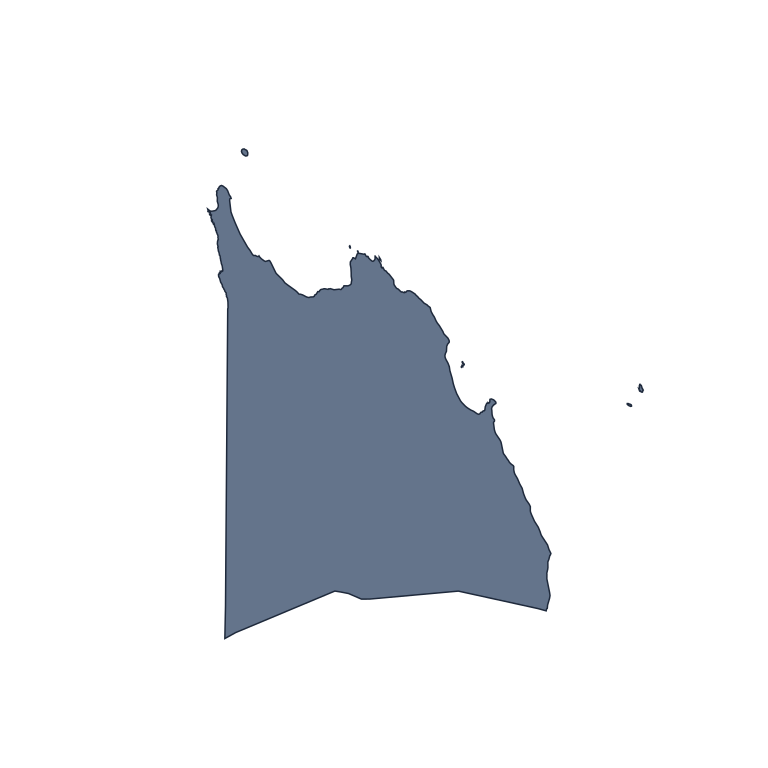 the district of Tjörneshreppur, Norðurland eystra, Iceland, rotated 69°
{"feature_id": "244011B23966539039805", "entity_name": "Tjörneshreppur", "entity_type": "district", "adm_level": 2, "iso_a3": "ISL", "parent_name": "Iceland", "parent_adm1": "Norðurland eystra", "projection": "equal_earth", "projection_center": [-17.235, 66.145], "detail": "fine", "context": "isolated", "style": "filled", "palette": "slate", "viewbox_px": 768, "rotation_deg": 69, "n_neighbors": 0, "source": "geoboundaries", "source_scale": "gbopen_adm2", "svg_char_len": 6166}
<svg xmlns="http://www.w3.org/2000/svg" viewBox="0 0 768 768"><g transform="rotate(69 384 384)"><path d="M653.9,313.9L652.5,313.0L652.1,312.5L652.0,312.0L651.5,311.7L649.0,310.5L643.5,306.3L641.0,304.8L637.9,304.1L624.3,301.8L620.0,300.1L619.1,299.9L615.7,297.6L614.0,296.7L608.8,294.8L606.9,293.0L603.5,290.6L603.3,290.0L602.0,288.9L597.6,289.3L592.8,289.0L582.6,291.2L580.7,291.4L577.9,291.2L573.0,291.3L566.1,292.7L558.9,293.1L556.1,293.1L554.7,292.8L550.9,291.3L548.3,291.5L543.2,292.8L540.8,293.0L536.4,293.0L530.8,292.4L526.0,293.1L520.2,293.3L515.2,294.1L513.4,294.1L510.5,293.6L507.5,292.4L506.5,292.6L504.5,293.9L502.1,295.0L499.9,295.3L498.5,295.8L495.4,296.4L492.2,297.3L491.2,297.4L481.1,295.7L479.5,295.6L477.7,295.8L471.7,297.2L470.1,297.5L468.3,297.5L466.1,297.3L459.5,295.7L458.8,295.2L458.4,294.3L457.7,293.9L456.9,293.7L454.9,294.3L453.2,294.3L451.1,294.0L447.0,292.7L445.7,292.5L444.1,291.3L443.5,290.3L442.7,288.9L442.8,288.3L442.3,287.2L442.3,286.6L441.8,286.3L441.0,286.1L438.8,286.9L437.8,287.6L436.4,289.2L436.3,290.6L438.5,291.6L439.3,292.3L439.3,293.1L438.5,293.6L439.2,294.1L438.8,294.9L439.3,295.5L441.5,297.6L444.3,299.1L444.9,299.8L444.7,300.9L444.9,301.8L445.4,302.2L445.2,303.8L446.2,305.3L446.2,306.5L445.3,307.6L441.5,310.2L439.4,312.3L436.0,314.8L433.9,316.0L429.2,318.0L427.2,318.6L419.1,319.6L412.6,319.5L408.5,319.2L402.8,318.3L395.2,317.7L391.2,316.8L387.5,316.8L383.0,317.4L381.1,317.4L379.4,317.0L377.6,315.8L375.9,314.0L371.2,311.9L369.5,310.2L368.5,308.3L367.9,307.9L366.5,307.6L364.0,307.9L359.3,309.9L358.2,310.2L356.1,310.2L349.4,311.4L346.1,312.4L343.5,312.8L339.5,313.0L336.7,313.6L333.3,314.0L329.1,313.5L326.7,315.0L325.6,315.4L322.9,317.6L318.5,319.4L316.3,320.7L314.4,321.3L312.8,322.2L311.2,322.7L307.8,325.1L306.3,326.5L305.4,328.7L305.4,329.3L306.2,330.9L305.5,331.7L306.0,332.3L305.8,332.7L304.7,333.8L304.3,334.8L303.8,335.2L300.7,336.6L300.1,337.0L299.7,337.6L298.5,338.2L295.0,339.0L293.7,338.8L290.6,337.8L289.6,338.0L283.3,339.9L281.9,340.8L279.1,341.7L278.7,342.3L277.7,342.9L274.7,343.2L274.6,343.4L275.0,343.8L275.1,344.0L274.8,344.4L274.2,344.6L273.4,344.6L272.0,344.0L270.7,344.0L266.4,344.7L263.6,345.6L262.7,346.1L261.5,346.3L261.4,346.5L263.8,347.4L264.6,348.0L265.4,349.5L265.5,350.4L265.1,351.0L263.1,352.2L261.1,353.1L259.4,353.2L259.0,353.4L259.2,353.9L258.9,354.4L258.1,354.9L255.7,355.2L255.6,355.4L255.8,356.0L253.0,360.5L252.8,361.3L253.0,362.4L256.9,365.8L255.2,367.2L255.0,367.8L255.6,368.3L258.0,371.7L260.4,372.7L263.8,373.3L268.2,374.7L271.7,376.0L275.4,376.8L277.2,378.0L278.4,378.5L279.0,379.2L279.4,380.4L279.5,381.7L279.3,382.9L278.1,385.8L278.0,386.3L279.3,387.6L279.5,388.7L280.4,390.1L280.2,390.8L279.4,391.9L278.1,396.9L275.7,400.0L275.6,401.2L275.3,401.7L275.6,402.4L273.8,405.2L273.5,406.3L273.5,407.3L273.2,408.6L273.2,409.3L273.7,410.4L274.5,411.5L274.0,412.7L275.9,415.1L276.1,416.8L277.2,417.8L277.3,418.9L276.4,421.6L276.4,423.0L275.9,423.9L275.0,425.1L271.7,428.0L270.3,429.7L269.7,431.1L266.7,432.3L265.0,433.2L257.1,438.4L254.0,440.3L250.3,441.3L242.2,445.0L241.0,445.2L230.4,446.1L228.1,446.5L227.4,447.0L227.1,450.7L226.3,451.6L223.2,453.6L220.8,454.6L219.6,454.8L220.0,455.4L219.7,456.3L219.1,457.1L217.9,458.0L217.4,459.6L216.6,460.1L215.4,460.5L211.2,461.2L207.4,462.3L192.5,464.6L180.1,465.2L172.3,465.3L168.5,465.2L157.5,462.4L156.0,461.7L155.8,461.0L156.0,460.2L154.3,460.1L152.0,460.7L147.5,460.7L145.1,461.2L141.5,463.4L140.4,464.6L140.4,466.0L141.2,467.6L141.9,468.0L142.2,468.4L142.1,468.8L142.3,469.1L143.0,469.2L143.4,469.6L143.9,471.1L144.4,471.4L145.6,471.5L147.4,472.5L150.2,472.7L153.7,474.2L156.7,474.4L157.9,474.7L159.3,475.4L160.1,476.2L161.4,478.4L161.6,479.6L161.0,482.9L160.1,484.4L157.5,485.9L159.4,486.1L159.6,486.5L159.9,486.6L160.3,486.3L160.5,485.8L161.3,485.3L161.2,484.9L161.4,484.7L161.8,484.8L163.1,485.6L162.9,486.0L163.5,486.1L164.0,485.8L163.0,485.0L163.6,484.8L164.3,485.3L164.8,485.3L164.8,484.8L166.8,486.0L169.1,485.7L169.2,485.9L168.7,486.1L170.0,486.6L170.3,486.5L170.0,485.8L171.1,486.3L171.4,486.2L171.2,485.9L171.3,485.7L173.5,486.0L174.4,485.6L173.6,485.4L173.5,485.2L176.7,485.7L177.8,485.4L180.2,486.0L180.7,485.9L180.9,485.6L181.9,486.0L183.1,485.9L184.3,486.0L185.1,485.8L186.7,486.0L187.5,486.5L189.5,486.8L189.8,487.0L189.9,487.4L190.5,487.7L191.0,488.2L193.5,489.4L196.5,489.7L196.6,490.1L197.0,490.3L198.6,490.5L200.6,491.0L201.8,490.9L203.9,491.2L204.5,491.5L205.1,491.2L206.8,491.3L207.7,491.8L208.4,491.7L209.6,492.1L211.5,492.3L213.3,492.7L215.6,492.7L220.0,493.7L220.7,494.2L220.3,494.6L221.0,495.4L220.2,495.8L220.4,496.4L220.2,496.6L221.9,497.2L221.3,497.9L221.5,498.2L222.4,498.6L222.4,499.2L223.4,499.6L224.1,499.6L224.5,499.9L226.6,499.6L230.3,500.0L233.4,499.5L235.3,499.9L237.4,499.4L238.0,499.5L239.2,499.2L240.5,499.3L242.5,498.7L243.9,499.3L244.7,499.2L245.8,499.7L247.6,499.4L251.5,500.3L256.2,502.0L257.0,502.3L257.9,503.0L534.4,611.5L564.6,623.8L562.9,611.5L559.7,504.1L562.7,498.9L566.9,492.2L576.7,482.2L579.6,474.6L604.0,388.8L648.8,320.8L653.9,313.9ZM117.4,433.8L119.4,433.2L121.5,431.6L121.9,430.2L121.5,429.3L119.4,428.3L117.0,428.3L116.4,428.6L115.3,429.7L114.4,430.3L114.1,431.8L114.5,432.9L115.7,433.7L117.4,433.8ZM482.6,144.2L481.9,144.2L480.3,144.5L477.7,144.3L477.3,144.4L477.2,144.6L477.4,144.7L477.2,144.9L476.0,145.1L476.0,145.4L476.6,145.6L476.8,146.0L477.7,146.5L478.4,146.5L479.5,147.2L480.0,147.6L479.7,147.8L482.1,147.9L482.0,147.4L483.7,146.7L484.2,145.7L484.0,145.4L482.6,144.5L482.6,144.2ZM490.4,164.1L491.8,163.3L493.3,161.8L493.4,160.9L492.6,160.6L492.0,160.7L491.3,161.2L490.4,162.5L490.0,162.6L489.4,163.9L489.8,164.2L490.4,164.1ZM394.9,302.8L394.8,302.2L394.2,302.0L392.5,302.6L390.7,302.7L392.0,303.3L394.9,302.8ZM266.5,343.2L267.7,342.7L266.8,342.5L264.1,343.0L265.3,343.4L266.5,343.2ZM396.0,305.8L396.4,305.5L396.2,305.1L395.5,304.8L395.4,304.3L395.8,304.0L395.3,303.8L394.9,304.0L394.5,304.5L395.2,304.9L395.5,305.6L396.0,305.8ZM245.0,366.9L244.9,366.6L243.7,366.3L242.7,366.4L242.8,366.7L243.2,367.0L244.5,367.1L245.0,366.9ZM251.8,361.1L251.8,360.9L250.9,360.7L249.8,361.0L251.3,361.2L251.8,361.1Z" fill="#64748b" stroke="#1e293b" stroke-width="1.5"/></g></svg>